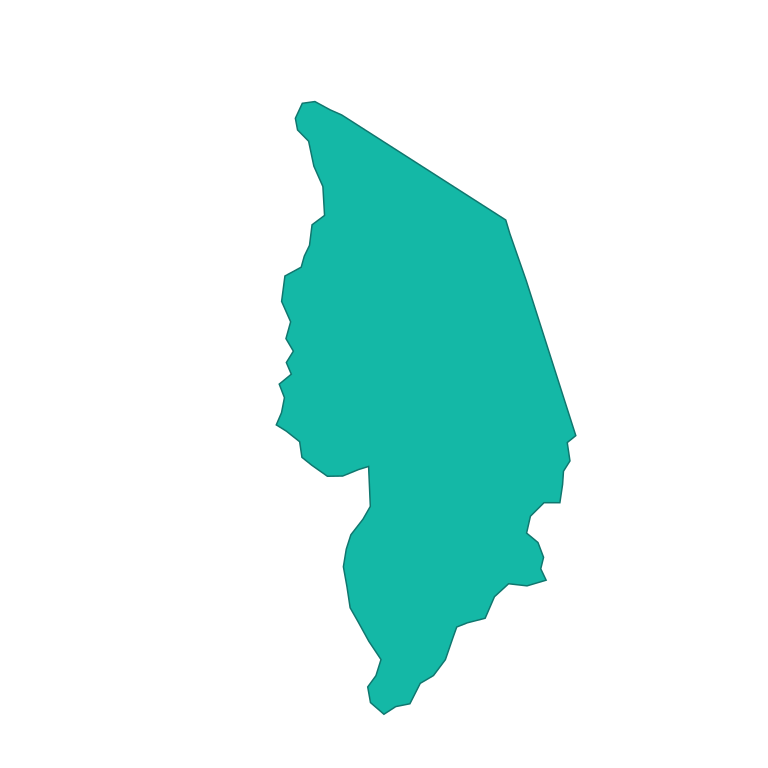 outline of Condado, Pernambuco, Brazil, rotated 145°
{"feature_id": "56859067B41671423367831", "entity_name": "Condado", "entity_type": "district", "adm_level": 2, "iso_a3": "BRA", "parent_name": "Brazil", "parent_adm1": "Pernambuco", "projection": "natural_earth1", "projection_center": [-35.084, -7.604], "detail": "fine", "context": "isolated", "style": "filled", "palette": "teal", "viewbox_px": 768, "rotation_deg": 145, "n_neighbors": 0, "source": "geoboundaries", "source_scale": "gbopen_adm2", "svg_char_len": 1083}
<svg xmlns="http://www.w3.org/2000/svg" viewBox="0 0 768 768"><g transform="rotate(145 384 384)"><path d="M264.3,628.6L271.0,639.7L278.6,655.0L289.9,660.8L304.2,652.5L309.1,641.7L306.5,626.1L316.5,602.7L320.8,580.8L336.0,556.2L351.6,555.7L365.5,540.3L375.9,534.5L384.8,527.2L403.2,529.3L420.5,510.4L424.8,488.5L438.3,477.4L439.4,462.9L451.7,457.6L454.3,445.2L469.9,444.0L473.4,429.9L484.4,419.3L495.7,412.3L491.1,401.5L486.2,385.1L493.3,371.0L489.8,359.0L483.3,340.9L470.6,332.3L453.9,328.5L443.9,325.3L465.4,291.6L478.8,285.3L497.6,279.5L509.6,270.4L522.1,257.6L530.6,239.2L540.1,220.1L541.6,204.0L544.0,181.9L544.5,160.0L557.9,149.7L571.1,145.2L577.8,130.8L573.5,113.5L559.4,113.0L546.2,107.2L526.0,118.0L510.7,116.8L491.8,123.0L472.7,136.9L463.8,143.2L452.8,140.6L435.5,134.1L415.5,146.4L396.5,148.9L382.6,136.6L363.7,130.3L361.6,142.7L352.7,150.5L348.8,165.8L352.7,180.1L339.9,191.7L321.0,195.0L308.0,185.9L295.3,199.3L287.0,209.6L275.8,214.3L267.5,230.9L256.5,231.7L208.2,387.1L194.7,434.9L190.2,448.5L264.3,628.6Z" fill="#14b8a6" stroke="#0f766e" stroke-width="1.5"/></g></svg>